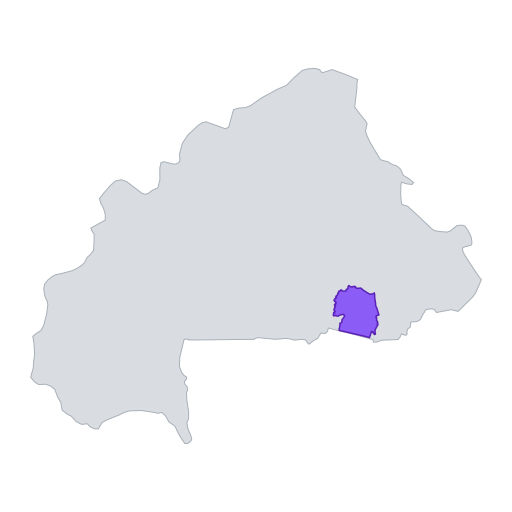 location of Koulpelogo, Koulpélogo, Burkina Faso
{"feature_id": "67063806B92956545078683", "entity_name": "Koulpelogo", "entity_type": "district", "adm_level": 2, "iso_a3": "BFA", "parent_name": "Burkina Faso", "parent_adm1": "Koulpélogo", "projection": "natural_earth1", "projection_center": [0.149, 11.415], "detail": "fine", "context": "in_parent", "style": "filled", "palette": "violet", "viewbox_px": 512, "rotation_deg": 0, "n_neighbors": 0, "source": "geoboundaries", "source_scale": "gbopen_adm2", "svg_char_len": 7748}
<svg xmlns="http://www.w3.org/2000/svg" viewBox="0 0 512 512"><path d="M396.6,339.6L382.0,340.2L376.6,342.1L373.4,342.1L373.3,340.6L372.9,339.6L354.4,334.5L341.5,331.4L328.3,328.0L327.6,331.2L325.7,333.3L322.9,333.4L320.9,332.9L319.6,335.4L317.4,338.6L314.3,340.2L311.4,342.2L309.7,343.9L308.5,344.0L305.4,339.8L301.5,339.4L294.0,340.1L290.6,339.0L286.0,338.4L275.2,339.3L257.9,337.6L255.1,338.5L254.3,339.3L237.2,339.5L218.3,339.7L202.5,339.9L188.7,340.0L188.7,339.3L184.3,339.2L183.8,340.6L179.8,357.2L179.4,366.2L181.4,371.8L183.8,375.3L186.4,376.8L186.6,378.8L184.5,381.4L184.7,384.0L187.2,386.8L187.7,389.6L186.5,392.7L186.8,399.9L188.6,411.4L188.6,418.9L186.9,422.3L187.7,428.1L191.1,436.4L191.7,439.8L190.4,441.4L187.6,443.6L184.8,443.5L181.4,438.5L180.0,436.3L177.3,431.3L175.0,426.2L171.9,424.0L168.9,421.9L165.2,415.4L161.6,412.4L157.9,413.3L152.4,412.1L141.3,410.5L129.3,410.9L124.4,412.4L119.5,414.8L107.0,419.9L102.1,422.5L98.4,428.9L94.2,428.8L90.0,426.7L87.3,423.8L81.7,424.4L76.2,421.6L71.0,416.0L67.1,414.1L62.1,410.1L60.8,402.4L57.6,396.9L54.8,389.4L50.5,386.0L45.6,384.2L38.7,384.6L34.2,381.6L30.7,377.2L31.7,373.4L33.3,368.0L33.5,362.7L34.6,354.3L34.0,343.7L32.8,336.3L36.6,333.2L41.0,330.5L43.7,325.4L46.6,314.2L47.8,304.4L47.0,300.8L45.5,298.0L44.4,293.8L43.8,288.7L44.6,284.2L47.9,280.0L52.1,276.6L55.0,274.9L62.8,273.2L72.5,270.6L78.2,267.7L82.3,264.8L84.6,262.5L86.9,257.7L90.7,254.1L93.6,250.4L94.1,240.0L94.1,234.2L91.9,230.9L90.8,228.1L105.2,220.1L105.3,214.4L103.4,208.0L100.6,202.9L99.5,198.5L103.5,193.3L107.1,189.4L109.7,186.1L115.4,181.0L121.3,179.7L126.6,181.6L142.3,193.5L145.1,194.3L148.3,193.4L152.5,190.2L157.9,187.8L159.9,179.8L159.8,168.1L161.0,162.7L163.9,161.7L172.9,164.0L175.3,164.1L177.9,163.3L179.8,161.3L179.8,157.5L179.4,154.2L182.4,143.3L187.8,135.1L198.7,124.9L202.1,122.8L206.1,121.8L225.5,128.8L228.7,127.1L233.5,109.7L238.8,108.0L245.2,107.7L249.3,106.2L251.5,105.0L260.7,98.4L277.1,89.4L285.9,85.6L287.7,84.1L294.0,77.7L302.3,70.4L307.7,68.9L315.0,68.4L319.7,69.6L320.9,71.7L322.5,72.7L332.1,69.6L345.8,74.6L357.7,79.5L357.0,82.5L356.9,88.0L355.9,96.6L354.7,107.0L359.6,113.7L365.5,120.9L367.1,123.7L365.5,130.8L366.6,134.9L369.8,141.8L375.0,150.6L380.5,159.7L384.3,160.9L387.8,161.6L390.0,163.2L393.2,164.8L396.4,165.8L399.1,167.8L400.9,169.7L403.2,175.3L409.3,179.0L413.6,182.7L411.9,184.5L406.5,183.8L401.5,182.2L400.9,184.8L400.7,195.1L401.5,203.6L402.7,204.7L407.7,206.3L419.8,217.4L430.7,227.9L434.3,230.6L440.4,231.6L447.1,232.1L450.0,231.1L456.6,225.8L460.0,225.2L463.2,225.4L465.0,226.2L468.1,230.5L471.1,237.0L471.9,241.8L471.7,244.4L470.7,245.4L465.3,246.6L463.0,247.6L462.4,249.0L463.2,252.2L464.3,254.3L470.2,263.7L478.7,276.3L481.3,279.6L479.8,283.4L475.5,293.2L472.3,297.4L458.1,311.4L451.1,309.7L436.4,312.5L434.2,309.3L430.8,308.9L426.6,309.4L425.0,310.7L424.6,312.0L423.1,314.0L420.4,319.5L418.3,320.9L415.7,321.8L412.5,321.7L410.6,322.4L410.6,325.2L410.0,327.5L407.9,328.7L406.9,331.4L407.1,334.0L405.9,335.3L403.1,334.6L401.5,333.9L399.9,337.3L398.0,339.6L396.6,339.6Z" fill="#d9dde1" stroke="#a8b0b8" stroke-width="1"/><path d="M346.3,289.4L346.0,290.3L345.9,291.0L345.5,291.1L345.3,291.1L345.1,291.1L344.5,291.1L343.7,291.2L343.1,291.2L342.7,291.0L342.5,290.8L342.0,290.6L341.8,290.3L341.7,290.2L341.2,289.9L340.9,289.9L340.8,290.0L340.7,290.3L340.5,290.5L340.4,290.7L340.1,290.8L339.8,291.3L339.5,291.5L339.4,291.5L339.2,291.6L339.0,291.3L338.9,291.5L338.5,291.9L338.5,292.0L338.4,292.3L338.3,292.5L338.4,292.8L337.8,293.4L337.8,293.6L337.8,293.8L337.7,293.9L337.6,294.0L337.5,294.3L337.5,294.5L337.5,294.9L337.3,295.2L337.1,295.3L336.9,295.6L336.6,295.7L336.3,295.8L336.2,296.5L336.1,296.8L335.9,296.7L335.8,296.8L335.9,297.0L336.1,297.2L336.2,297.3L336.1,297.5L335.9,297.8L335.7,298.1L335.6,298.3L335.4,298.3L335.2,298.4L335.2,298.6L335.4,298.6L335.2,298.8L335.0,299.0L334.8,299.0L334.7,299.2L334.5,299.3L334.4,299.7L334.3,299.8L334.3,300.0L334.2,300.1L334.3,300.2L334.2,300.4L334.3,300.5L334.4,300.8L334.5,300.7L334.5,300.8L334.6,301.0L334.6,301.3L335.2,301.6L335.6,301.8L335.9,302.1L336.1,302.4L336.0,302.8L335.9,303.1L335.7,303.0L335.7,303.5L335.6,303.8L335.4,304.0L334.9,304.1L334.6,304.4L334.5,304.6L335.0,305.2L335.1,305.3L335.4,305.5L335.2,305.6L335.1,305.8L334.9,306.0L334.7,306.1L334.6,306.3L334.6,306.7L334.7,306.9L334.9,307.0L334.8,307.3L334.9,307.6L334.9,307.8L334.9,308.0L334.6,308.4L334.5,308.6L334.3,308.7L334.1,309.0L334.0,310.0L334.1,310.3L334.3,310.5L334.5,310.6L334.8,310.8L334.9,311.1L335.0,311.2L335.1,311.4L335.0,311.5L334.9,311.6L334.6,311.9L334.5,312.0L334.4,312.1L334.3,312.4L334.1,312.6L334.3,312.8L334.2,312.8L333.9,312.9L333.7,312.8L333.7,313.2L333.6,313.5L333.4,314.2L333.4,314.8L333.4,315.2L333.4,315.5L333.5,315.7L333.6,315.8L334.2,315.8L334.5,315.8L335.2,315.5L335.4,315.5L335.6,315.6L336.3,316.0L336.5,316.0L337.9,316.0L338.4,316.1L338.5,316.0L339.0,315.6L339.4,315.4L339.9,315.2L340.4,314.9L341.5,314.7L341.8,314.6L342.3,314.5L342.7,314.4L343.0,314.3L343.5,314.8L344.0,315.1L344.5,315.3L344.6,315.6L344.5,316.2L344.4,316.4L344.2,316.8L343.8,317.4L343.7,317.6L343.4,318.0L342.6,318.9L342.3,319.2L342.2,319.5L342.0,319.8L341.9,320.5L342.0,321.4L341.8,321.9L341.6,322.5L341.0,322.9L340.4,323.0L340.1,323.2L340.0,323.3L339.9,323.4L339.9,323.6L339.9,323.8L339.9,324.0L340.1,324.4L340.1,324.5L340.0,325.0L339.8,325.8L339.7,326.7L339.6,327.4L339.5,327.8L339.2,328.4L339.1,328.6L339.3,329.5L339.2,330.4L339.6,330.5L340.0,330.6L341.3,330.9L342.1,331.1L343.3,331.3L343.8,331.5L344.3,331.5L347.4,332.3L348.7,332.6L350.1,332.9L350.6,333.1L351.0,333.1L352.8,333.6L358.8,334.9L360.3,335.3L361.5,335.6L362.7,335.8L365.7,336.6L368.5,337.2L369.5,337.5L369.8,336.4L370.2,335.7L370.3,335.3L370.7,334.0L370.9,333.4L371.0,332.8L371.0,332.3L371.1,332.1L371.3,331.8L371.7,331.8L372.1,331.6L372.3,332.0L372.5,332.4L372.8,332.3L372.9,332.2L373.2,332.2L373.4,333.0L373.6,333.2L373.8,333.6L373.9,333.9L374.2,334.3L374.3,334.4L374.5,334.5L375.0,334.4L375.3,334.1L375.4,333.8L375.4,333.6L375.2,332.9L375.1,332.7L375.1,332.2L375.1,331.8L375.1,330.7L375.1,330.3L375.2,329.9L375.3,329.5L376.5,327.2L377.1,326.2L377.3,325.6L377.3,325.3L377.4,325.1L377.8,325.0L378.0,324.8L378.0,324.6L377.5,324.0L377.4,323.9L377.4,323.6L377.6,323.3L377.6,323.2L377.8,322.9L377.8,322.7L377.8,322.4L377.7,322.2L377.6,321.9L377.2,321.9L377.1,321.0L376.9,320.7L376.7,320.4L376.5,320.2L376.6,319.9L376.6,319.6L376.6,319.3L376.6,318.8L376.6,318.6L376.7,318.3L376.3,317.9L376.3,317.7L376.3,317.3L376.2,317.0L376.0,316.7L375.9,316.7L375.9,316.4L376.1,316.2L376.3,316.2L376.5,316.1L376.5,315.9L376.8,315.6L377.1,315.4L377.2,315.5L377.4,315.3L377.5,315.3L377.8,315.3L378.0,315.3L378.2,315.2L378.4,315.2L378.7,315.0L378.9,314.7L378.7,314.3L376.7,307.7L376.5,307.4L376.0,306.5L375.8,306.1L375.7,305.7L375.7,305.1L375.6,304.3L375.6,303.9L375.5,302.8L375.3,301.5L375.1,300.3L374.7,298.1L374.7,297.7L374.7,296.5L374.6,296.1L374.6,295.8L374.7,295.1L374.7,294.8L374.4,293.5L374.2,293.0L373.9,293.2L373.9,293.3L373.6,293.6L373.2,293.7L373.1,293.8L372.3,294.0L371.5,294.0L370.8,294.1L370.5,294.2L370.3,294.2L370.0,294.2L369.5,294.0L369.2,293.8L367.6,293.0L367.0,292.6L366.4,292.2L365.9,291.9L365.5,291.6L365.0,291.3L364.5,290.9L363.9,290.6L363.3,290.3L362.9,290.0L361.9,288.9L361.1,288.3L360.6,288.1L360.3,288.1L357.6,288.3L356.5,288.2L356.4,288.2L356.2,288.0L355.7,287.4L355.6,287.1L355.6,286.9L355.4,286.7L355.2,286.7L354.9,286.5L354.6,286.8L354.3,286.6L354.1,286.4L353.7,286.4L353.5,286.5L353.2,286.5L352.3,287.0L352.1,287.0L352.0,286.9L351.6,286.9L350.7,286.6L349.6,286.3L349.2,285.8L349.0,285.7L348.9,285.6L348.5,286.0L348.1,286.5L348.0,286.8L348.0,287.0L348.0,287.5L348.2,288.2L348.0,288.5L347.8,288.8L347.4,289.0L346.5,289.3L346.3,289.4Z" fill="#8b5cf6" stroke="#5b21b6" stroke-width="1.5"/></svg>